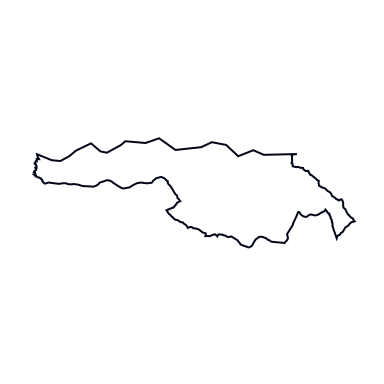 Juaben Municipal, Ashanti, Ghana (orthographic projection), rotated 140°
{"feature_id": "2480657B53382680619634", "entity_name": "Juaben Municipal", "entity_type": "district", "adm_level": 2, "iso_a3": "GHA", "parent_name": "Ghana", "parent_adm1": "Ashanti", "projection": "orthographic", "projection_center": [-1.389, 6.756], "detail": "fine", "context": "isolated", "style": "outline", "palette": "ink", "viewbox_px": 384, "rotation_deg": 140, "n_neighbors": 0, "source": "geoboundaries", "source_scale": "gbopen_adm2", "svg_char_len": 5812}
<svg xmlns="http://www.w3.org/2000/svg" viewBox="0 0 384 384"><g transform="rotate(140 192 192)"><path d="M82.5,90.7L84.7,90.9L85.2,91.6L85.1,92.6L86.1,93.6L86.1,95.1L86.7,97.5L87.3,98.6L87.1,99.4L86.6,101.0L86.4,103.0L87.3,105.1L87.8,109.0L88.8,111.1L89.5,111.9L90.0,113.7L90.7,115.0L90.4,115.4L89.2,117.7L88.7,118.2L87.8,118.8L87.8,119.5L88.5,120.8L88.5,122.3L89.1,125.4L89.4,126.5L89.5,127.9L89.9,128.4L90.3,129.0L90.3,129.5L90.0,130.1L90.2,131.1L89.9,131.7L89.3,133.4L91.5,135.0L91.6,135.9L92.1,137.6L91.5,139.0L92.7,140.3L93.5,140.9L94.1,142.4L94.8,143.2L96.0,143.9L97.0,145.1L98.3,146.9L98.2,147.0L97.5,148.2L96.8,149.1L97.2,150.2L97.1,150.3L95.9,150.8L94.5,152.4L94.4,152.6L94.3,152.8L94.2,153.0L94.0,153.3L93.8,153.5L93.5,153.8L93.1,154.1L92.8,154.5L92.7,154.8L92.4,155.6L92.2,155.9L92.0,156.0L91.9,156.0L91.6,156.1L91.1,155.9L90.8,155.8L90.4,155.6L90.1,155.4L89.8,155.2L89.4,155.1L89.0,154.8L88.7,154.7L88.3,154.4L87.7,153.9L87.3,153.7L113.1,174.3L118.2,184.6L133.6,189.7L135.6,206.1L144.8,217.4L156.1,220.4L177.6,234.8L182.7,254.3L196.1,259.4L210.4,273.7L216.5,273.7L231.9,276.8L236.0,281.9L238.1,294.2L254.5,298.3L262.7,298.3L272.9,300.3L279.0,306.5L286.4,320.5L287.2,319.1L287.3,318.7L287.8,317.7L288.1,315.5L289.8,317.0L290.4,316.1L291.1,315.2L291.8,315.5L292.0,315.9L292.5,315.5L293.4,315.2L293.7,315.2L294.1,315.3L294.2,315.1L293.7,315.0L293.5,314.8L294.2,314.0L293.9,313.3L294.4,312.0L294.5,311.4L295.3,310.8L295.5,310.9L295.8,311.1L295.9,310.4L296.1,310.4L296.6,310.8L296.7,310.4L296.5,309.8L297.1,309.6L297.2,309.2L298.9,309.0L299.5,309.3L300.2,308.9L299.9,308.8L299.4,308.6L299.7,307.8L300.2,307.0L300.7,307.0L301.1,306.6L301.2,306.2L301.8,306.6L301.6,305.5L300.9,305.1L301.3,304.7L301.7,304.4L301.2,303.8L301.0,303.2L300.6,302.4L300.3,301.6L299.8,301.4L299.5,300.7L299.5,300.3L299.0,299.5L299.1,299.2L299.3,299.0L299.0,298.5L299.2,296.7L299.7,296.5L299.7,294.6L299.3,293.0L298.2,292.4L295.9,291.6L291.8,287.1L288.6,283.7L285.6,281.9L282.7,279.5L282.2,278.1L280.6,276.4L278.7,274.8L277.9,274.5L274.6,271.0L272.0,266.9L268.8,263.9L267.3,262.6L264.2,259.5L261.5,258.5L259.5,258.1L257.9,258.3L257.0,258.5L255.9,258.2L252.1,256.6L250.1,256.0L248.4,254.6L247.9,253.9L246.9,252.0L246.4,249.5L245.8,247.6L245.4,246.0L245.0,244.9L244.3,242.9L243.4,240.3L242.1,238.6L236.9,235.7L232.6,235.1L228.8,234.2L227.6,233.7L227.0,233.1L226.4,232.9L224.7,231.8L224.2,231.0L223.5,230.5L223.2,230.0L222.7,229.4L222.4,229.2L222.0,228.8L221.0,227.7L220.5,227.3L219.6,226.7L217.1,225.1L216.3,225.0L215.0,225.4L213.9,225.7L212.2,225.5L210.7,225.6L205.9,223.4L204.5,220.6L204.2,219.2L203.9,216.2L203.7,215.6L204.4,215.0L204.8,214.3L205.0,213.0L204.9,211.8L204.7,210.3L205.2,206.6L205.7,203.9L206.0,202.0L206.1,200.5L205.7,199.2L205.8,198.8L206.1,198.3L206.7,197.5L206.9,197.1L206.9,196.6L206.7,194.9L207.0,192.5L207.8,192.9L209.0,192.9L209.8,193.2L210.2,193.4L211.2,193.2L211.6,192.8L213.3,192.6L214.5,192.3L216.1,191.9L216.7,192.5L217.4,192.5L217.9,192.7L218.5,192.7L219.1,193.2L220.2,193.6L221.1,193.6L221.5,194.0L222.2,193.9L223.3,194.4L223.8,190.6L223.7,189.8L223.3,188.6L223.4,186.3L223.0,185.3L223.0,182.9L222.6,181.8L222.5,181.4L222.3,180.9L221.1,180.0L220.9,179.0L220.9,178.6L220.4,177.6L220.1,176.1L219.2,175.5L218.6,174.4L218.7,173.5L218.2,171.9L217.8,170.1L218.0,168.3L218.1,167.5L218.3,167.2L216.0,166.5L214.7,165.2L214.3,163.4L212.1,161.0L211.4,159.8L210.7,158.4L209.9,154.3L209.2,153.2L208.3,152.1L208.1,151.4L208.5,150.7L209.9,149.9L210.1,149.7L209.4,149.3L209.2,149.1L209.0,148.9L208.7,148.5L208.3,148.1L207.7,147.6L206.7,146.7L206.4,146.6L206.2,146.5L206.0,146.4L205.3,146.4L204.8,146.3L204.6,146.2L204.1,145.9L203.7,145.7L203.1,145.5L202.3,145.3L202.0,145.2L201.8,145.0L201.7,144.9L201.6,144.7L201.5,144.3L201.1,142.3L201.1,142.1L201.1,141.8L199.5,142.5L198.6,142.1L197.6,141.3L196.9,140.4L196.0,139.7L195.5,138.3L194.4,137.1L194.2,135.8L193.5,134.8L193.0,133.9L190.6,132.9L188.2,125.9L188.4,120.2L185.2,114.7L185.0,114.2L184.7,113.8L184.4,113.4L184.2,113.2L183.8,112.9L183.1,112.6L182.7,112.5L180.6,112.3L177.8,113.4L174.0,114.7L169.6,114.5L167.2,112.8L164.9,108.8L164.8,107.2L163.5,104.6L163.1,102.8L153.8,93.4L153.0,93.8L151.0,93.8L150.2,94.1L149.4,94.2L148.1,95.0L147.1,96.9L146.8,98.0L145.8,98.8L136.7,101.7L136.3,101.9L134.0,103.3L130.7,104.8L125.9,107.1L125.6,107.3L125.1,107.6L124.4,108.1L123.4,108.3L123.0,108.0L122.9,107.8L122.8,107.5L122.8,106.6L123.0,106.1L123.0,105.5L123.0,105.1L123.0,104.6L123.0,104.3L122.9,103.8L122.8,103.3L122.7,102.9L122.6,102.5L122.3,101.8L121.9,101.1L121.4,100.4L120.9,99.9L120.7,99.7L120.4,99.5L119.7,99.2L117.6,99.2L117.3,99.2L117.1,99.1L116.8,99.0L116.5,98.9L116.2,98.8L115.9,98.6L115.4,98.3L115.3,98.2L115.0,98.0L114.9,97.8L114.4,97.2L113.6,95.8L112.5,94.8L111.4,94.1L111.1,94.0L110.8,93.9L110.5,93.8L110.1,93.8L109.8,93.8L109.3,93.4L108.6,93.2L108.4,93.2L108.2,93.3L107.9,93.3L107.1,93.2L106.4,93.1L106.0,93.0L104.7,92.7L104.4,92.6L103.3,92.3L102.0,92.3L101.8,92.4L101.5,92.5L101.1,92.7L101.1,91.2L101.1,90.9L101.1,90.3L101.5,89.3L101.2,88.4L100.7,87.5L101.5,87.0L101.5,86.7L101.1,86.1L101.7,85.1L101.8,83.9L102.6,82.8L102.9,81.2L102.9,80.6L104.2,79.1L104.1,78.4L104.5,78.0L105.0,76.9L106.3,75.8L106.5,74.7L107.7,72.2L108.3,70.5L108.5,69.9L110.9,63.5L108.8,64.8L107.5,64.7L106.4,64.2L106.0,64.2L105.1,64.8L103.7,64.8L102.5,64.5L101.7,64.7L99.2,65.6L97.8,66.2L97.5,66.3L95.0,65.9L93.1,65.9L91.7,66.4L90.9,66.3L89.8,66.5L88.2,65.9L87.4,65.4L86.3,65.0L86.4,66.0L86.2,66.6L85.8,68.6L86.1,69.0L86.5,70.0L86.5,70.5L86.6,70.9L86.7,71.9L86.7,72.4L86.6,72.8L86.6,73.2L86.6,73.7L86.8,74.1L86.9,74.5L86.9,74.9L86.7,75.6L86.6,76.0L86.5,77.1L86.5,77.4L86.3,77.6L86.2,78.1L85.6,80.1L86.0,82.5L86.0,82.8L85.8,83.1L85.1,84.1L85.0,84.5L84.7,84.7L84.5,85.1L84.1,85.5L83.1,86.5L82.6,87.9L82.2,88.9L82.3,89.8L82.5,90.7Z" fill="none" stroke="#020617" stroke-width="2"/></g></svg>